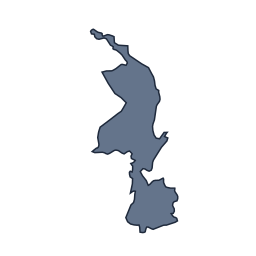 map outline of Limburg (Mercator projection), rotated 340°
{"feature_id": "NLD-898", "entity_name": "Limburg", "entity_type": "Province", "adm_level": 1, "iso_a3": "NLD", "parent_name": "Netherlands", "parent_adm1": "", "projection": "mercator", "projection_center": [5.902, 51.263], "detail": "fine", "context": "isolated", "style": "filled", "palette": "slate", "viewbox_px": 256, "rotation_deg": 340, "n_neighbors": 0, "source": "natural_earth", "source_scale": "10m", "svg_char_len": 2624}
<svg xmlns="http://www.w3.org/2000/svg" viewBox="0 0 256 256"><g transform="rotate(340 128 128)"><path d="M136.4,29.8L135.7,30.6L135.6,32.8L136.9,33.3L140.5,33.2L142.0,33.9L144.8,36.1L146.1,37.4L144.4,43.2L147.3,46.9L155.9,50.7L154.4,55.3L153.7,58.2L154.3,60.7L162.8,72.4L167.9,78.3L168.8,85.0L169.4,88.7L169.0,92.8L168.0,97.1L167.8,100.9L169.7,103.2L169.0,105.0L168.6,109.4L167.9,112.0L166.7,113.7L163.4,116.0L162.1,117.3L155.6,129.4L152.9,132.7L151.6,134.9L150.5,138.9L150.1,143.5L151.0,147.2L154.0,148.9L160.4,144.5L163.3,145.5L162.3,146.1L159.4,148.5L162.0,151.0L160.1,153.5L152.9,157.5L141.1,166.7L139.4,168.7L137.0,173.8L135.4,175.6L133.1,175.8L131.4,174.3L129.9,172.3L128.1,171.3L124.6,173.2L125.3,177.9L127.2,183.7L127.4,188.8L129.1,188.5L132.4,186.8L134.1,186.3L135.9,186.6L139.2,187.7L143.8,187.1L144.0,188.2L143.3,189.9L142.8,191.6L143.0,194.5L143.3,196.1L144.3,197.1L147.3,199.0L151.4,200.5L151.2,201.3L150.5,202.4L150.3,203.7L151.3,207.9L151.3,209.5L150.5,211.5L149.1,213.2L146.2,213.0L144.5,214.0L143.4,216.0L143.5,217.7L143.8,219.6L143.1,222.0L141.3,223.7L139.3,223.2L139.9,225.8L140.8,227.5L142.1,228.4L142.9,229.6L142.7,232.2L140.1,232.7L130.9,232.4L129.5,231.9L128.0,231.5L117.0,231.8L115.7,230.8L113.1,228.0L111.8,227.5L110.7,228.4L109.3,230.4L108.7,231.4L107.4,231.6L106.0,231.3L103.7,230.0L105.0,225.4L105.2,223.0L103.2,222.4L100.5,221.1L99.8,220.6L97.6,219.1L95.6,216.0L95.3,211.5L104.5,201.3L105.9,200.7L107.4,200.1L108.0,199.6L109.7,197.2L111.8,192.5L113.3,190.0L112.1,189.3L110.8,189.2L108.0,190.0L113.0,182.0L115.0,177.1L113.3,174.7L113.6,172.0L114.2,170.1L115.3,169.4L116.8,170.7L117.7,169.4L118.4,168.0L119.4,165.2L119.0,164.4L118.8,163.7L118.5,162.3L119.9,162.4L121.3,162.2L122.6,161.7L123.7,160.9L120.8,157.8L121.2,155.5L123.0,153.7L122.7,152.7L121.6,150.2L119.4,150.0L115.5,151.0L113.8,149.5L111.2,145.9L109.1,144.6L107.5,144.4L102.1,145.5L100.0,145.6L98.6,144.6L97.4,143.2L95.6,142.0L88.4,139.8L86.3,137.9L88.4,137.1L91.5,136.1L92.6,136.3L93.5,135.8L94.4,134.8L95.1,133.4L96.3,126.6L98.5,122.6L99.4,121.2L102.1,117.7L114.5,113.9L123.5,111.0L127.4,110.0L130.4,107.6L135.0,103.7L131.9,97.1L127.5,91.1L124.7,79.4L122.7,66.6L127.2,67.0L132.1,68.7L133.6,68.7L137.0,68.1L143.3,66.0L144.5,66.3L147.6,68.4L149.6,66.7L149.6,65.0L148.8,63.3L147.3,57.2L146.8,56.3L146.6,55.6L144.1,51.4L143.0,50.2L141.7,49.4L141.0,48.4L141.9,46.4L139.9,44.2L138.2,36.8L136.3,35.2L131.1,34.7L129.1,33.4L128.0,30.9L128.4,28.4L125.9,27.1L125.9,24.4L127.1,23.6L128.3,23.3L128.9,23.3L129.3,23.4L129.9,24.2L132.2,27.4L132.6,27.8L135.9,30.0L136.3,29.9L136.4,29.8Z" fill="#64748b" stroke="#1e293b" stroke-width="1.5"/></g></svg>